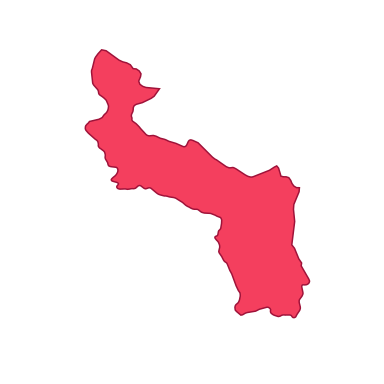 outline of Lamphun, rotated 126°
{"feature_id": "THA-392", "entity_name": "Lamphun", "entity_type": "Province", "adm_level": 1, "iso_a3": "THA", "parent_name": "Thailand", "parent_adm1": "", "projection": "robinson", "projection_center": [99.014, 18.095], "detail": "fine", "context": "isolated", "style": "filled", "palette": "rose", "viewbox_px": 384, "rotation_deg": 126, "n_neighbors": 0, "source": "natural_earth", "source_scale": "10m", "svg_char_len": 4629}
<svg xmlns="http://www.w3.org/2000/svg" viewBox="0 0 384 384"><g transform="rotate(126 192 192)"><path d="M262.9,80.1L262.5,85.8L262.1,87.6L261.8,87.9L260.2,89.4L259.2,89.9L258.2,90.2L257.2,90.2L254.6,89.6L253.2,89.7L251.3,90.2L247.8,91.8L246.4,92.9L245.4,93.9L244.8,95.5L244.5,96.5L242.0,101.1L234.9,111.7L233.2,115.3L229.8,120.7L229.1,122.1L229.0,123.1L229.1,124.0L229.0,125.0L228.8,125.9L228.0,127.6L226.8,129.9L225.3,134.1L224.6,135.2L223.5,135.8L220.4,137.1L219.4,137.9L218.6,138.7L217.4,140.6L217.0,141.4L216.7,142.5L216.5,143.8L215.9,146.0L215.3,146.8L214.5,147.0L213.8,146.7L213.1,146.2L212.3,145.9L211.3,146.0L208.7,147.3L207.7,147.6L206.9,147.5L206.0,147.3L205.1,147.3L204.3,147.5L200.1,149.6L197.2,151.5L196.3,152.8L195.9,154.0L196.9,157.6L197.1,159.5L198.3,164.1L198.7,164.9L201.8,169.7L202.4,171.3L202.7,172.2L202.8,173.2L202.7,176.3L202.8,177.2L203.2,178.0L204.6,180.0L205.3,181.5L205.7,183.3L205.9,185.4L206.3,187.4L206.4,189.4L206.0,193.5L206.6,201.8L206.9,202.6L207.2,203.5L209.2,207.3L210.1,209.8L210.8,211.2L211.3,211.8L211.7,212.6L212.9,215.7L213.5,217.7L213.6,218.8L213.6,220.2L213.1,227.1L213.2,228.1L213.6,228.9L214.1,229.5L216.1,230.9L216.7,231.4L217.0,232.1L217.2,233.0L217.1,237.1L217.4,238.0L217.9,238.6L218.6,239.1L222.1,239.9L222.8,240.4L223.4,240.9L223.9,241.5L224.3,242.2L224.9,242.9L225.4,243.5L226.0,243.9L227.1,245.1L227.7,245.7L228.8,247.9L231.9,251.8L232.4,252.7L232.8,254.2L232.6,255.2L232.1,255.9L231.4,256.2L229.6,256.1L228.6,256.3L228.3,257.0L228.3,257.8L228.5,258.7L228.8,259.5L229.2,260.5L230.1,263.1L229.9,264.1L229.4,264.6L228.6,264.7L226.7,264.4L224.1,263.7L222.3,263.5L220.5,263.7L219.6,263.9L218.6,264.3L217.7,264.9L216.8,266.0L216.5,267.0L216.6,267.9L219.1,272.4L219.5,273.3L219.8,274.9L219.4,275.6L218.8,276.5L217.9,277.4L216.1,281.5L215.6,282.1L215.0,282.7L213.6,283.5L212.8,284.1L212.0,285.0L210.9,286.6L210.7,288.2L210.7,292.7L210.3,294.1L209.8,294.9L208.6,295.7L207.8,296.4L206.6,297.8L206.2,299.0L206.1,300.1L206.2,301.1L205.3,310.4L204.5,313.9L204.1,314.7L203.6,315.4L203.0,315.9L201.6,316.7L200.8,316.9L198.9,316.8L197.1,316.4L195.2,316.4L187.8,310.0L184.8,308.5L183.9,308.4L182.0,308.5L180.8,308.4L178.4,307.9L177.4,307.9L176.3,308.0L175.0,308.3L173.5,308.9L171.6,310.0L170.7,311.1L168.6,314.6L168.2,315.4L168.0,316.3L167.7,318.5L167.6,320.6L167.7,323.8L167.5,324.7L167.0,325.5L165.5,327.0L165.0,327.7L164.6,328.5L163.3,334.3L162.6,335.9L162.1,336.5L153.9,343.9L152.7,344.7L152.4,344.8L150.8,345.2L141.5,349.0L139.6,349.3L135.5,349.3L130.1,348.7L128.2,344.5L128.2,328.5L127.4,324.5L125.9,320.7L125.3,316.7L126.8,312.1L125.2,309.4L125.1,305.8L126.4,302.7L129.0,301.4L133.6,300.3L135.5,297.5L135.5,294.0L134.5,290.7L127.6,279.0L136.8,278.9L140.3,280.1L148.9,284.7L153.8,288.6L155.2,289.2L156.4,289.5L157.3,289.3L158.2,289.1L158.9,288.7L159.6,288.2L160.5,287.7L161.8,287.1L164.5,286.6L165.8,286.0L166.6,285.3L167.0,284.6L167.5,284.0L168.9,283.1L169.3,282.5L169.6,281.7L169.6,277.3L170.1,274.2L170.5,272.2L170.8,271.4L172.5,263.0L172.5,261.9L172.3,260.9L172.0,260.2L171.6,259.4L171.0,258.8L169.4,257.0L168.9,256.3L168.6,255.5L168.0,253.9L167.3,250.0L167.1,249.1L165.8,245.9L165.2,244.1L164.7,241.2L164.5,240.3L162.1,233.5L160.5,226.1L160.2,225.3L159.7,224.6L158.9,224.1L157.8,223.9L156.6,224.0L153.7,224.6L152.9,224.7L152.0,224.6L151.3,224.3L150.7,223.8L150.3,223.1L149.7,221.3L148.7,216.4L148.6,216.1L151.8,196.0L151.9,192.9L151.6,191.0L151.4,179.4L151.2,178.3L150.7,176.4L150.3,175.7L149.8,175.1L148.1,173.3L147.7,172.0L147.4,169.9L146.9,159.1L146.5,156.2L146.2,155.3L145.6,153.7L144.7,152.3L143.4,151.3L128.9,142.1L123.4,140.0L121.1,138.8L121.8,136.0L125.9,130.6L126.9,129.6L126.1,127.2L124.4,124.8L123.5,122.1L124.6,118.9L126.3,116.2L127.3,113.1L127.1,110.1L125.4,107.6L128.9,105.5L142.2,102.3L146.4,99.7L155.5,91.6L176.1,80.2L177.3,76.0L183.3,66.3L185.0,61.6L187.6,60.2L193.8,46.3L194.9,44.6L195.6,44.2L196.4,44.0L197.2,43.9L197.8,44.0L198.4,44.2L199.1,44.5L199.7,44.9L200.3,45.5L201.2,46.6L201.7,47.5L202.1,47.9L202.6,48.1L203.3,48.0L204.2,47.5L208.0,43.3L208.8,42.6L209.7,42.2L210.6,42.0L211.5,41.8L215.4,41.8L216.4,41.7L217.4,41.1L218.5,40.2L221.2,37.0L222.1,36.2L222.8,35.8L224.5,35.3L229.5,35.1L232.0,34.7L232.7,34.9L233.4,35.3L233.9,35.9L234.2,36.6L234.1,37.5L233.6,39.1L233.7,39.9L234.1,40.7L236.9,44.5L237.3,45.2L237.8,45.9L238.4,46.5L239.1,47.0L240.6,47.7L241.2,48.2L241.8,48.7L242.2,49.4L243.4,53.1L243.6,54.3L243.6,56.2L243.4,57.2L242.8,58.1L242.0,58.7L241.0,59.2L240.5,60.1L240.3,61.0L240.4,62.0L240.6,62.9L241.1,63.6L241.7,64.1L247.3,68.6L251.0,70.5L257.2,76.6L258.6,77.6L261.6,78.9L262.9,80.1Z" fill="#f43f5e" stroke="#9f1239" stroke-width="1.5"/></g></svg>